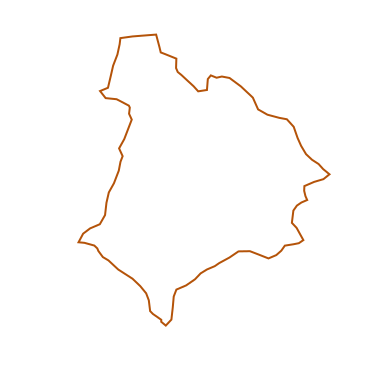 the district of Kyongsong, Hamgyŏng-bukto, North Korea, rotated 111°
{"feature_id": "82179303B44322363830429", "entity_name": "Kyongsong", "entity_type": "district", "adm_level": 2, "iso_a3": "PRK", "parent_name": "North Korea", "parent_adm1": "Hamgyŏng-bukto", "projection": "robinson", "projection_center": [129.427, 41.678], "detail": "fine", "context": "isolated", "style": "outline", "palette": "amber", "viewbox_px": 384, "rotation_deg": 111, "n_neighbors": 0, "source": "geoboundaries", "source_scale": "gbopen_adm2", "svg_char_len": 1512}
<svg xmlns="http://www.w3.org/2000/svg" viewBox="0 0 384 384"><g transform="rotate(111 192 192)"><path d="M136.8,79.0L132.9,73.9L126.2,70.0L123.6,77.8L120.5,83.9L118.9,91.5L115.8,99.1L109.8,106.7L103.7,112.8L94.7,120.4L90.1,129.5L91.5,137.1L92.8,149.3L91.2,159.9L82.1,169.0L79.0,176.6L75.9,184.2L72.1,197.8L73.5,205.5L76.5,210.0L76.4,216.2L80.9,217.7L91.4,214.6L95.8,222.3L92.7,228.4L89.7,236.0L86.6,243.7L85.1,248.3L82.0,251.3L73.1,254.4L73.0,260.5L72.9,266.6L72.9,271.2L68.4,274.3L57.9,281.9L60.8,288.0L63.7,294.1L68.1,303.3L74.0,314.0L80.0,312.5L90.4,310.9L102.4,310.9L112.9,309.4L124.8,307.8L130.7,314.0L135.3,306.3L132.4,295.6L134.0,281.9L135.5,280.3L141.5,278.8L146.0,274.2L150.5,274.2L156.5,274.2L166.9,274.2L177.4,275.7L178.9,274.2L183.4,269.6L189.4,269.6L198.3,268.0L211.8,268.0L222.2,269.5L232.7,268.0L244.7,264.9L255.1,266.5L262.5,274.1L269.9,278.7L279.6,279.9L278.0,274.2L277.0,264.0L278.6,260.2L280.6,258.3L284.7,251.9L285.8,245.5L290.8,233.1L294.3,216.4L298.4,206.6L303.0,198.5L308.6,193.5L318.2,188.4L319.9,184.7L322.3,174.9L324.2,174.2L326.1,168.6L318.5,165.5L306.6,168.6L296.1,171.6L288.7,171.6L281.3,164.0L272.4,157.9L264.9,154.8L259.0,150.3L253.1,144.2L248.6,141.1L239.7,133.5L230.9,127.4L230.4,126.4L226.5,116.7L226.5,107.5L226.6,96.8L220.7,90.7L214.8,87.6L208.8,86.1L204.4,78.5L201.5,73.9L197.0,70.8L188.0,81.5L185.0,87.7L179.0,89.2L173.0,90.7L167.1,89.2L162.6,86.1L158.2,81.6L155.2,84.6L150.7,87.7L146.2,89.2L138.8,81.6L136.8,79.0Z" fill="none" stroke="#b45309" stroke-width="2"/></g></svg>